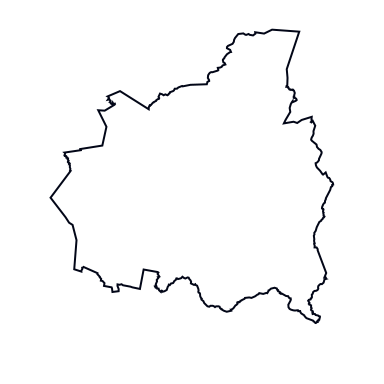 Taupo District, Waikato, New Zealand (Natural Earth projection), rotated 171°
{"feature_id": "76426892B49452595685205", "entity_name": "Taupo District", "entity_type": "district", "adm_level": 2, "iso_a3": "NZL", "parent_name": "New Zealand", "parent_adm1": "Waikato", "projection": "natural_earth1", "projection_center": [175.983, -38.801], "detail": "fine", "context": "isolated", "style": "outline", "palette": "ink", "viewbox_px": 384, "rotation_deg": 171, "n_neighbors": 0, "source": "geoboundaries", "source_scale": "gbopen_adm2", "svg_char_len": 5803}
<svg xmlns="http://www.w3.org/2000/svg" viewBox="0 0 384 384"><g transform="rotate(171 192 192)"><path d="M72.1,91.0L77.0,114.7L76.8,115.9L77.6,117.7L79.6,118.1L79.2,119.7L79.5,121.7L78.8,122.2L79.1,123.3L79.0,125.0L78.6,126.2L78.5,129.8L77.7,130.9L77.6,132.5L75.9,134.3L74.3,137.7L70.9,142.5L68.9,143.4L68.4,144.3L67.4,144.7L66.5,146.0L65.6,146.3L65.0,147.1L65.8,148.0L65.5,148.9L65.7,150.1L65.2,151.1L65.7,151.8L65.4,153.1L64.9,153.9L65.0,154.5L65.4,154.4L65.7,155.1L66.2,155.4L65.9,156.7L64.4,159.2L63.2,160.4L62.4,160.7L62.0,162.4L60.8,164.2L60.8,164.8L55.2,172.4L54.0,175.1L52.6,175.8L52.5,177.0L51.4,177.2L51.4,178.6L51.8,179.7L53.4,181.0L53.6,182.9L54.3,184.4L55.4,184.8L55.9,185.6L56.9,190.4L59.7,188.7L60.2,188.9L62.2,193.0L64.8,196.7L65.4,198.8L65.4,201.1L63.6,201.7L61.7,203.4L61.4,204.8L58.1,209.7L57.7,211.1L58.7,213.5L60.2,214.8L61.5,216.9L61.6,219.4L65.4,223.6L66.1,224.8L66.1,225.3L65.2,227.1L63.8,228.7L62.8,230.5L62.5,233.1L59.9,238.2L61.6,243.3L63.2,242.1L63.6,242.5L62.6,243.2L62.7,244.7L62.0,247.5L72.4,246.0L77.3,243.7L80.7,245.5L90.5,245.4L88.2,248.7L82.4,255.7L82.4,259.7L80.7,263.3L79.5,264.9L78.4,266.0L78.5,265.0L75.3,265.8L74.2,266.5L74.5,267.8L75.3,268.6L76.8,269.2L76.6,270.4L76.0,270.5L75.9,271.7L75.0,273.7L75.4,276.0L76.2,277.3L76.7,277.4L77.1,277.0L77.9,277.5L78.4,277.4L78.7,277.9L79.4,277.8L79.9,278.2L80.5,280.4L81.0,280.2L81.8,281.2L82.3,281.2L82.0,282.0L81.2,282.5L79.8,289.8L79.2,298.5L61.0,333.6L87.5,339.8L96.0,337.2L104.6,339.9L104.6,338.5L107.2,337.1L110.4,338.2L111.4,339.2L113.9,338.7L114.7,339.0L116.5,340.6L121.6,340.8L125.4,337.4L126.6,335.7L127.2,333.8L128.8,332.0L133.6,330.7L134.8,329.7L135.0,328.5L132.1,326.4L131.6,324.2L132.5,324.2L135.9,322.6L139.0,319.7L139.2,319.0L140.7,318.0L140.9,317.3L140.7,315.1L139.6,314.3L139.1,312.7L142.0,312.2L143.2,310.9L144.9,310.5L147.1,310.6L146.9,308.3L147.5,307.9L153.1,307.1L154.3,307.4L155.6,307.0L156.6,306.2L157.8,304.8L158.5,302.2L157.6,299.8L157.7,298.9L159.5,298.4L160.5,296.1L176.7,298.1L184.7,297.8L185.0,298.2L185.5,298.2L189.1,297.4L190.7,296.4L192.9,296.7L193.9,295.2L195.0,294.6L198.2,294.0L198.6,293.0L199.6,292.7L199.9,292.0L201.1,291.4L203.1,292.6L204.9,292.0L206.2,293.2L208.2,294.2L210.2,291.2L209.7,289.9L210.2,289.1L211.2,289.1L213.0,288.2L213.2,287.6L215.7,286.8L215.8,286.5L216.7,286.3L219.0,284.3L220.0,284.4L220.2,283.6L220.6,283.7L221.4,282.5L221.8,280.5L247.3,302.9L260.4,299.6L259.7,299.0L259.3,297.9L260.7,296.3L259.1,296.4L258.8,295.6L258.2,295.0L258.2,294.4L259.0,293.7L258.4,293.4L258.4,292.2L257.3,291.3L256.7,291.7L256.3,292.6L255.8,291.3L255.2,291.0L254.4,291.3L254.3,290.9L254.9,290.3L265.5,286.0L271.8,287.4L266.3,269.8L273.3,251.9L296.6,251.9L295.7,251.5L295.5,251.1L295.2,251.2L295.2,250.7L311.7,250.9L311.1,250.2L312.3,248.1L312.1,247.6L311.4,247.7L310.6,247.1L310.5,246.9L310.8,246.6L310.5,246.3L310.7,245.6L309.7,245.3L309.9,244.5L309.2,244.3L309.5,243.2L309.0,242.3L309.8,241.5L309.9,241.0L309.2,240.5L309.2,240.0L308.8,240.0L308.5,239.3L308.8,238.8L308.5,238.8L308.7,238.4L308.4,237.6L308.8,235.5L308.5,234.0L309.1,232.2L308.8,232.0L309.1,231.8L308.9,231.5L332.6,208.5L320.8,186.8L318.2,180.9L315.1,178.2L313.6,162.5L320.4,134.1L313.7,130.7L313.6,131.6L312.4,133.1L312.3,134.4L311.1,134.5L310.8,134.9L298.0,126.6L298.3,125.7L296.3,122.7L296.5,122.3L295.3,120.4L295.9,118.7L294.3,118.1L292.7,115.7L293.6,113.0L286.3,110.4L286.1,109.4L286.2,105.7L280.0,105.5L279.6,107.6L280.3,110.9L280.0,112.4L278.1,111.7L276.0,111.9L274.8,110.7L267.5,108.1L265.9,107.2L258.6,104.4L251.9,123.0L238.4,118.3L237.8,117.7L238.8,116.5L237.5,113.6L238.9,113.3L238.5,112.6L240.6,110.6L240.5,109.3L242.3,106.4L242.2,104.9L243.4,104.7L242.9,103.2L242.5,103.1L241.8,103.9L241.5,102.0L240.1,101.8L239.9,100.1L238.3,98.1L237.5,99.3L237.0,99.1L236.6,98.1L234.7,98.3L232.3,99.2L230.7,102.3L229.8,103.1L229.4,104.1L228.4,103.6L227.1,104.9L225.0,105.0L224.3,105.6L223.7,106.6L221.6,107.9L221.0,109.1L220.4,109.1L219.5,108.2L217.1,108.4L216.2,108.6L214.7,109.8L213.3,108.3L212.1,107.6L209.7,108.3L208.7,107.9L208.2,106.3L207.4,105.2L206.9,103.7L207.4,101.9L204.5,99.9L203.2,100.4L203.0,99.6L201.6,98.7L200.9,95.3L200.9,93.7L201.4,92.4L201.2,91.6L200.3,91.1L200.0,90.2L200.2,87.9L199.8,86.2L199.1,85.2L199.5,84.8L199.5,84.3L197.8,82.4L197.3,80.4L194.6,76.7L192.9,76.0L191.6,76.7L189.4,76.4L188.3,75.8L187.3,74.7L186.1,75.3L183.9,75.0L182.7,74.4L182.5,73.0L181.4,71.6L181.0,71.8L180.3,70.7L178.9,69.6L176.4,68.3L171.8,68.6L172.0,69.6L171.3,69.4L170.7,70.1L169.5,70.5L166.8,73.2L165.8,73.5L164.4,74.6L164.7,75.4L164.4,76.0L162.6,76.1L162.2,75.8L161.1,77.0L160.2,77.0L159.8,77.4L156.8,78.3L156.3,79.1L152.0,78.9L149.8,78.1L146.0,79.1L143.3,80.5L142.3,80.6L141.4,81.6L137.6,80.2L134.3,80.7L133.5,80.3L132.4,81.6L131.8,82.8L131.4,82.7L129.1,84.2L125.4,84.5L123.3,83.4L123.2,82.2L122.4,81.7L122.7,81.0L122.4,80.4L121.3,79.9L120.6,79.1L121.1,78.3L120.1,77.5L119.7,77.9L119.0,77.5L115.4,74.6L113.3,74.0L112.8,72.4L112.2,72.1L111.8,71.4L111.2,71.4L111.2,70.3L111.7,69.3L114.5,65.6L114.7,63.0L113.9,61.3L112.6,60.3L110.5,59.3L108.8,58.8L106.3,58.7L105.7,58.5L105.7,57.7L103.8,57.5L103.7,56.2L103.1,55.0L100.4,52.6L100.2,51.7L98.7,49.5L92.5,46.0L92.2,45.1L91.6,44.9L90.6,43.3L90.2,43.2L89.2,43.9L88.4,43.9L88.6,44.7L88.0,45.3L87.2,45.1L86.9,46.0L86.3,45.9L85.1,48.7L85.2,49.2L86.3,49.6L86.8,50.3L89.2,51.2L89.5,52.1L91.0,52.7L91.9,52.6L92.0,53.9L91.3,54.3L91.4,55.4L92.4,56.1L92.9,57.0L92.0,58.5L92.5,59.0L92.1,61.4L92.9,61.9L93.1,62.4L93.8,62.6L93.7,63.2L94.0,63.4L93.3,64.3L94.3,66.4L93.5,67.2L91.8,67.3L91.4,68.2L91.0,68.1L90.7,68.4L90.0,69.3L89.7,71.9L88.7,72.6L88.0,74.2L86.5,75.1L84.9,75.0L83.4,75.5L82.4,76.7L82.4,78.1L82.0,79.3L80.4,80.6L79.4,81.0L78.1,80.7L76.2,81.9L74.8,85.0L73.3,85.2L73.6,85.4L73.2,86.2L73.4,86.9L73.7,87.3L74.4,87.2L72.1,91.0Z" fill="none" stroke="#020617" stroke-width="2"/></g></svg>